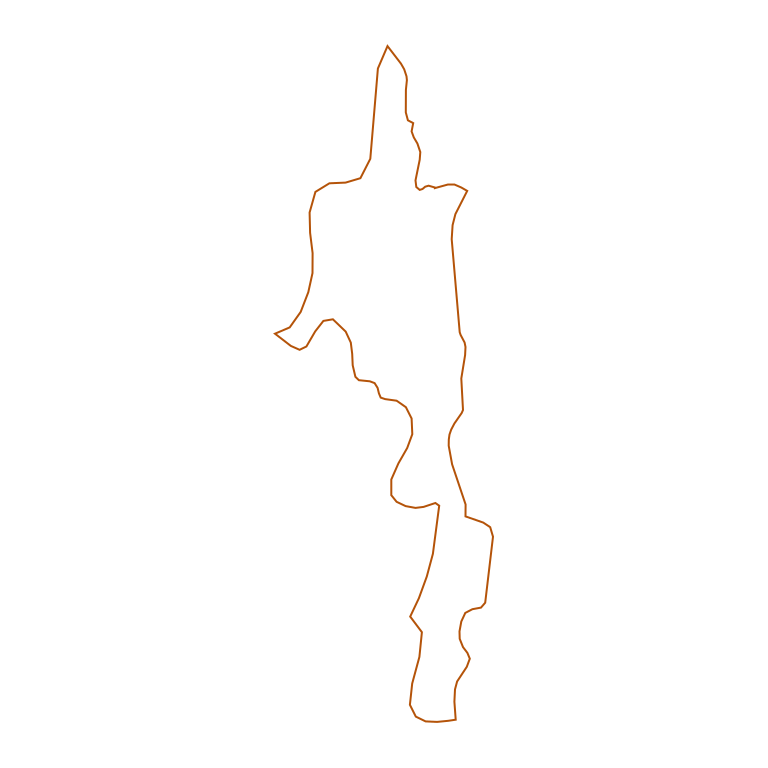 map outline of Ilocos Sur (Equal Earth projection), rotated 180°
{"feature_id": "PHL-2548", "entity_name": "Ilocos Sur", "entity_type": "Province", "adm_level": 1, "iso_a3": "PHL", "parent_name": "Philippines", "parent_adm1": "", "projection": "equal_earth", "projection_center": [120.535, 17.275], "detail": "fine", "context": "isolated", "style": "outline", "palette": "amber", "viewbox_px": 768, "rotation_deg": 180, "n_neighbors": 0, "source": "natural_earth", "source_scale": "10m", "svg_char_len": 1632}
<svg xmlns="http://www.w3.org/2000/svg" viewBox="0 0 768 768"><g transform="rotate(180 384 384)"><path d="M300.8,577.1L312.6,553.9L315.4,542.9L316.3,528.8L308.3,435.8L307.4,433.1L303.4,425.5L302.5,421.0L302.9,412.9L306.7,389.5L305.0,358.0L306.3,355.0L313.6,344.5L316.8,338.4L318.5,333.5L319.2,328.5L319.3,322.3L315.9,303.7L302.4,263.5L302.5,251.6L284.7,245.4L277.8,240.8L275.0,231.3L282.8,165.3L287.0,160.4L295.6,158.8L302.7,155.1L306.7,146.5L308.5,136.6L308.3,129.2L305.0,120.9L300.6,115.1L298.2,109.3L301.2,101.2L310.9,86.5L313.0,78.6L313.6,66.3L312.3,48.3L319.7,47.2L330.9,46.1L342.4,46.6L352.2,51.4L358.1,63.2L355.8,84.5L348.6,111.1L346.1,135.8L357.8,151.4L349.1,169.8L341.2,191.5L335.1,214.2L328.8,262.3L332.6,265.0L344.4,261.1L352.5,260.1L362.4,261.9L371.4,266.2L376.7,272.8L376.7,288.5L369.6,304.6L360.8,320.0L355.7,333.8L356.4,349.5L362.1,360.8L371.4,367.3L382.9,368.9L387.3,370.4L389.1,374.7L390.4,380.1L393.4,384.9L398.2,386.7L409.1,387.8L412.6,391.2L415.3,402.7L415.8,414.1L417.2,425.4L422.3,436.4L435.1,448.7L444.6,447.1L452.8,436.6L461.6,421.5L468.4,418.2L477.2,422.1L493.0,434.3L478.3,440.6L467.3,456.1L459.7,475.8L455.5,494.9L455.4,514.9L457.9,535.2L458.4,555.5L452.6,576.1L438.6,584.7L422.4,585.4L407.6,589.8L397.7,609.2L390.1,699.5L380.5,721.9L367.0,704.3L363.8,698.7L361.5,691.7L361.1,687.9L362.1,678.1L362.2,655.6L360.1,647.7L354.8,644.9L356.4,636.6L354.2,630.6L350.6,624.5L347.7,615.9L348.3,608.2L352.5,587.6L351.7,581.0L348.3,578.1L345.5,579.0L342.8,581.3L339.4,582.3L333.1,580.5L333.1,579.9L320.0,583.5L313.6,583.5L306.7,580.5L300.8,577.1L300.8,577.1Z" fill="none" stroke="#b45309" stroke-width="2"/></g></svg>